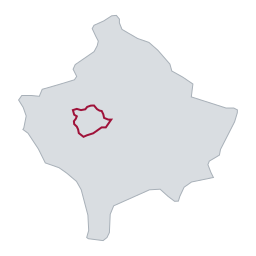 where Klina sits in Kosovo
{"feature_id": "KOS-5888", "entity_name": "Klina", "entity_type": "District", "adm_level": 1, "iso_a3": "XKX", "parent_name": "Kosovo", "parent_adm1": "", "projection": "natural_earth1", "projection_center": [20.583, 42.6], "detail": "fine", "context": "in_parent", "style": "outline", "palette": "rose", "viewbox_px": 256, "rotation_deg": 0, "n_neighbors": 0, "source": "natural_earth", "source_scale": "10m", "svg_char_len": 1305}
<svg xmlns="http://www.w3.org/2000/svg" viewBox="0 0 256 256"><path d="M58.6,84.6L74.4,79.8L76.7,76.4L73.1,69.2L75.2,64.6L94.1,51.6L97.2,45.8L98.3,41.1L95.8,36.3L92.2,28.6L94.0,25.3L103.8,20.9L111.7,15.8L116.4,15.4L119.4,19.1L119.4,22.9L122.0,29.4L127.8,32.8L137.6,38.5L148.9,42.4L157.8,50.2L169.9,64.1L171.8,71.0L182.7,77.1L192.9,84.0L191.3,96.9L225.9,108.0L233.7,108.0L237.4,109.9L237.3,112.8L234.6,121.8L220.5,149.4L219.4,155.1L209.3,161.1L207.9,164.6L210.8,172.2L213.4,177.5L213.2,177.5L191.5,182.0L184.1,187.2L179.8,196.4L178.4,201.1L174.6,201.3L168.2,196.5L160.1,189.2L149.5,189.8L113.7,205.8L110.2,214.3L109.4,232.5L107.0,237.5L103.1,240.6L88.3,238.7L86.7,237.5L88.7,230.4L87.9,215.1L81.2,189.7L76.5,181.4L66.7,173.1L59.0,167.7L45.3,162.9L38.4,149.0L28.0,133.2L22.9,129.5L23.8,128.0L26.2,116.0L23.2,107.4L18.6,100.0L21.8,95.5L31.4,95.5L39.3,96.3L42.2,89.3L58.6,84.6Z" fill="#d9dde1" stroke="#a8b0b8" stroke-width="1"/><path d="M94.0,105.5L97.0,109.1L99.5,110.6L101.7,111.0L103.3,114.3L104.1,117.9L108.3,119.6L111.2,119.6L105.8,127.4L101.6,127.4L93.2,133.3L86.9,135.3L83.5,136.8L78.8,133.1L78.1,129.4L76.8,126.6L74.2,124.1L73.9,121.2L75.8,118.8L76.8,116.3L74.2,114.7L72.9,110.1L76.8,108.9L81.0,110.1L85.3,109.3L87.2,106.9L90.8,105.6L94.0,105.5Z" fill="none" stroke="#9f1239" stroke-width="2"/></svg>